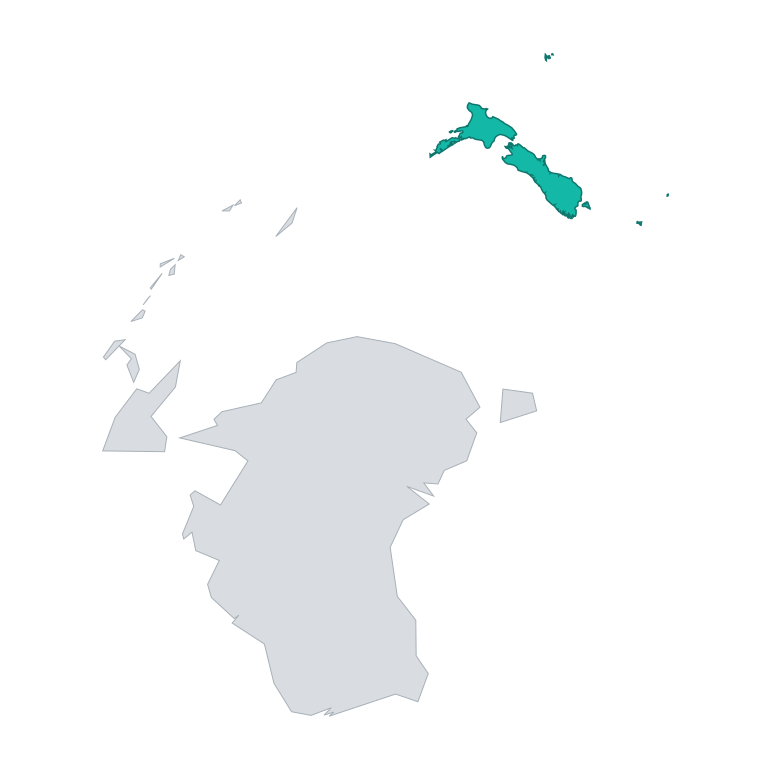 location of New Zealand within Oceania, rotated 271°
{"feature_id": "NZL", "entity_name": "New Zealand", "entity_type": "country or territory", "adm_level": 0, "iso_a3": "NZL", "parent_name": "Oceania", "parent_adm1": "", "projection": "mercator", "projection_center": [173.207, -30.558], "detail": "fine", "context": "in_parent", "style": "filled", "palette": "teal", "viewbox_px": 768, "rotation_deg": 271, "n_neighbors": 5, "source": "natural_earth", "source_scale": "50m", "svg_char_len": 7930}
<svg xmlns="http://www.w3.org/2000/svg" viewBox="0 0 768 768"><g transform="rotate(271 384 384)"><path d="M312.2,103.9L346.0,115.8L374.9,136.9L370.6,149.3L403.7,179.9L377.4,175.5L347.5,151.6L327.5,167.8L312.5,165.8L312.2,103.9ZM422.1,113.9L423.8,124.4L403.4,105.3L406.0,103.0L422.1,113.9ZM409.4,134.6L394.4,139.1L381.3,133.7L398.5,126.6L404.8,131.0L417.3,118.6L409.4,134.6ZM442.1,129.9L454.0,141.2L452.7,143.9L445.9,141.2L442.1,129.9Z" fill="#d9dde1" stroke="#a8b0b8" stroke-width="1"/><path d="M559.7,231.4L565.7,237.0L562.5,238.3L559.7,231.4ZM560.2,229.9L554.4,226.5L554.2,219.0L560.2,229.9Z" fill="#d9dde1" stroke="#a8b0b8" stroke-width="1"/><path d="M529.6,273.2L558.8,294.0L543.3,289.2L529.6,273.2Z" fill="#d9dde1" stroke="#a8b0b8" stroke-width="1"/><path d="M509.7,178.6L507.6,182.1L504.0,176.2L509.7,178.6ZM500.3,158.2L506.0,172.2L497.1,158.2L500.3,158.2ZM499.6,173.1L490.2,172.3L488.8,167.0L495.0,168.5L499.6,173.1ZM476.1,148.7L490.8,160.3L474.7,149.6L476.1,148.7ZM464.6,145.8L468.3,148.9L458.9,141.8L464.6,145.8Z" fill="#d9dde1" stroke="#a8b0b8" stroke-width="1"/><path d="M347.5,500.9L381.0,503.0L377.4,532.7L359.8,537.1L347.5,500.9ZM171.9,401.0L148.4,419.9L112.8,420.9L95.2,433.3L66.9,423.4L74.2,400.9L50.9,335.0L55.1,339.6L51.9,329.8L59.4,336.9L51.4,316.9L54.7,297.3L82.8,279.2L121.9,269.0L142.3,236.4L150.3,243.0L146.9,238.3L167.5,215.1L180.6,211.1L204.7,222.4L214.1,198.7L232.6,194.6L225.5,186.5L230.5,185.1L258.3,195.9L269.6,192.1L273.9,196.9L260.2,222.6L304.7,249.3L314.7,236.3L326.5,180.7L339.7,218.2L345.8,214.6L353.5,222.5L363.0,261.7L386.3,276.1L394.1,295.9L404.0,296.5L424.1,326.1L430.9,356.2L424.5,394.6L397.1,461.0L362.4,480.3L350.2,466.6L336.8,477.6L308.7,468.1L298.7,445.8L285.0,439.7L285.8,425.5L272.8,435.6L282.0,408.7L264.8,431.3L248.6,405.5L220.8,393.0L171.9,401.0Z" fill="#d9dde1" stroke="#a8b0b8" stroke-width="1"/><path d="M615.4,508.1L616.5,508.1L621.3,504.4L623.3,503.6L623.8,503.5L623.3,504.4L622.7,504.7L622.7,505.0L623.0,505.4L622.5,506.1L622.5,507.0L621.9,508.0L622.8,507.6L623.2,506.9L623.0,506.5L623.4,505.8L624.0,505.5L623.8,504.5L624.9,504.6L625.8,504.4L625.9,504.9L626.6,504.8L625.7,506.6L624.2,507.6L625.1,507.7L627.3,505.9L627.3,506.9L626.0,508.5L624.8,509.2L624.4,510.0L624.7,510.9L625.3,511.6L624.6,513.0L625.4,512.8L626.5,513.9L625.8,515.3L623.5,518.2L622.7,518.8L622.7,519.9L622.3,520.6L619.5,523.8L617.6,527.9L616.4,529.7L615.0,530.8L613.3,531.6L611.7,533.3L610.8,533.5L610.8,533.9L611.8,534.6L611.5,535.2L610.2,535.6L609.9,536.0L611.4,535.7L611.9,536.0L612.5,538.0L615.0,538.8L615.4,540.4L615.2,541.0L615.0,541.4L613.6,541.6L612.6,541.3L612.0,540.6L609.6,541.0L609.4,540.8L610.4,540.0L609.4,539.4L608.6,540.1L608.5,540.8L608.2,541.2L607.7,541.3L605.2,539.1L606.6,541.6L601.7,544.5L599.6,544.8L599.4,545.7L598.9,546.4L597.7,546.5L598.4,547.0L597.6,549.9L597.3,553.1L596.8,555.1L595.4,555.1L596.7,555.9L596.5,556.8L594.9,559.1L594.4,561.3L592.6,565.4L592.6,565.8L593.5,566.9L593.3,568.0L590.0,568.9L589.2,569.6L587.8,571.9L585.2,574.3L583.1,577.3L579.8,578.2L577.5,578.3L574.4,577.5L572.5,578.1L571.5,577.8L570.7,578.0L570.2,577.2L570.4,576.4L570.1,575.8L568.9,574.7L565.6,574.7L564.1,572.3L562.8,571.7L562.3,571.8L561.6,572.8L561.2,573.0L558.6,573.1L556.1,572.8L555.1,572.4L555.0,571.5L556.9,569.1L555.1,570.4L554.4,570.3L555.1,569.2L555.0,568.2L554.0,569.1L552.9,569.2L552.8,568.4L552.9,567.4L553.1,567.2L556.1,566.7L557.2,566.3L557.7,565.8L555.9,565.6L555.8,564.9L556.0,564.3L557.6,563.4L555.2,563.5L555.3,562.5L555.6,561.7L556.9,561.7L556.5,561.2L556.4,560.4L556.8,560.4L558.2,561.4L559.2,561.7L558.7,561.0L558.8,560.5L559.9,560.1L558.0,559.2L557.9,557.9L558.9,556.9L559.5,557.5L560.1,557.3L559.3,556.2L559.5,555.8L561.6,553.9L562.1,555.7L562.2,554.6L562.0,554.1L562.3,553.2L563.1,552.8L565.1,550.9L566.3,551.8L565.9,550.8L565.8,549.6L570.6,544.1L571.4,543.4L573.3,542.6L574.7,542.9L577.2,541.2L578.3,541.9L577.9,540.6L578.2,540.1L581.4,538.1L582.8,537.7L583.8,537.0L584.4,536.9L584.5,535.9L585.1,535.8L584.7,535.5L586.2,534.5L588.3,532.1L588.8,531.9L589.8,532.3L589.5,531.7L588.9,531.4L590.3,530.5L591.8,531.2L591.1,530.5L591.0,530.1L592.3,529.5L593.0,530.4L593.0,529.0L595.2,526.4L595.6,526.9L595.6,528.5L595.8,528.2L595.7,526.1L597.2,523.6L598.4,523.0L597.8,522.3L598.9,518.2L600.0,514.6L600.5,514.1L602.4,513.6L604.4,511.3L605.0,510.1L605.8,507.1L606.2,503.9L607.5,501.5L611.0,498.6L612.7,498.2L613.8,498.6L611.8,498.9L611.6,500.4L612.1,501.7L614.2,502.7L614.7,504.0L615.0,506.9L615.4,508.1ZM616.9,431.8L617.0,432.4L618.6,430.8L618.5,431.8L618.8,432.0L620.9,432.7L621.3,433.2L621.8,433.4L622.3,432.9L624.8,434.2L624.9,435.6L625.1,436.1L625.7,436.2L626.8,435.4L628.9,439.3L628.6,440.3L629.3,441.7L627.5,441.5L627.5,441.8L631.4,447.8L630.9,449.9L631.5,451.4L631.1,451.8L630.9,453.3L630.6,453.5L630.6,454.1L631.8,454.4L632.2,454.9L632.4,454.3L632.8,454.2L633.7,454.9L636.1,455.9L636.5,457.8L636.9,458.4L638.4,458.3L638.6,457.8L637.9,454.3L637.8,452.3L636.9,450.7L637.0,450.1L637.6,449.8L639.7,452.9L640.5,452.8L640.6,453.6L641.2,454.5L641.5,455.4L642.6,461.1L643.8,462.3L643.9,462.9L643.2,462.6L643.0,462.8L643.0,463.1L643.7,463.6L645.4,464.0L649.9,466.5L653.6,467.7L654.7,467.8L656.4,467.3L657.4,466.6L659.0,464.3L661.6,462.5L664.1,462.7L666.6,464.2L665.3,467.4L664.5,473.2L664.1,474.5L662.4,476.2L661.3,476.5L660.7,480.2L661.2,481.6L660.7,482.8L660.4,482.6L659.5,481.3L657.1,480.8L654.9,481.3L652.8,482.6L651.7,484.4L651.5,486.7L651.8,487.3L653.2,488.1L650.6,494.1L649.2,495.8L648.5,497.6L646.3,500.4L645.1,503.0L642.5,507.2L639.7,509.7L636.2,512.2L635.3,511.8L634.8,509.8L633.7,509.5L632.1,509.9L632.1,508.1L632.3,507.6L632.0,507.4L631.6,507.5L631.5,507.9L631.7,508.2L630.9,508.6L630.1,508.7L629.8,508.2L633.4,502.7L634.8,499.8L635.6,495.7L634.7,493.6L633.3,491.6L631.5,490.4L629.1,489.8L627.1,487.8L623.2,486.1L622.0,485.1L621.6,483.8L621.7,482.5L622.3,481.6L624.5,480.3L627.6,479.5L629.1,478.0L629.4,477.3L630.0,473.0L630.5,470.5L631.4,469.0L631.7,468.1L631.4,466.6L631.7,466.0L632.6,465.5L630.7,461.3L631.0,460.0L630.5,459.8L629.3,457.1L629.5,456.8L630.0,457.0L630.7,458.5L630.8,457.7L631.4,457.2L632.6,456.9L631.2,455.3L629.5,455.8L628.3,455.2L627.4,452.7L625.6,450.0L626.1,449.9L627.6,451.2L628.1,450.2L628.0,449.5L627.1,448.6L627.1,448.0L627.5,447.4L627.5,447.0L626.3,446.1L626.2,446.5L626.4,447.0L626.2,447.1L624.1,445.6L623.0,443.1L623.0,444.4L625.4,448.0L625.2,448.6L624.7,448.8L624.3,448.4L623.3,446.2L618.2,438.9L618.9,437.9L619.9,437.1L620.3,436.3L619.8,436.2L619.0,436.8L617.9,438.4L617.3,437.7L616.9,436.5L616.5,436.4L615.4,435.0L616.1,434.0L616.1,432.8L614.6,430.3L611.6,426.3L614.8,426.0L614.0,427.2L616.0,430.4L616.1,430.9L616.9,431.8ZM568.5,581.5L568.5,582.1L567.5,581.9L567.5,582.5L568.3,582.8L568.6,583.3L569.4,583.1L569.6,583.8L569.4,584.4L568.9,584.8L567.3,585.1L566.2,585.9L565.1,585.9L564.1,586.8L562.6,587.0L562.8,586.2L563.6,585.4L563.9,584.0L564.7,583.6L564.7,582.8L565.2,582.1L564.9,580.6L565.1,579.3L566.7,579.2L568.5,581.5ZM716.5,539.6L716.2,539.9L715.6,539.9L714.6,541.3L714.7,540.3L714.4,539.9L713.3,540.2L714.1,540.6L713.5,541.2L714.1,542.4L714.6,542.4L715.1,543.3L715.1,543.6L713.9,544.0L713.4,544.5L712.6,544.4L712.3,543.5L712.3,543.1L713.3,541.7L713.0,541.1L712.2,540.6L710.2,540.7L711.0,539.8L711.9,539.9L712.9,539.3L716.5,539.6ZM550.3,637.5L550.5,638.7L548.9,638.4L548.4,637.7L548.0,638.4L547.2,638.2L547.4,637.5L548.9,636.3L549.2,634.2L550.4,634.1L550.8,634.5L550.2,635.3L550.3,636.5L549.9,636.8L550.3,637.5ZM638.1,446.3L638.4,448.1L637.7,447.9L637.4,447.4L636.5,446.7L636.4,445.8L636.9,445.1L637.1,445.0L638.1,446.3ZM623.0,502.9L621.7,503.6L622.0,502.0L623.5,501.0L623.4,501.9L623.0,502.9ZM555.3,565.1L555.1,566.0L553.3,565.6L553.6,564.9L554.7,564.5L555.3,565.1ZM578.3,663.9L578.8,664.7L577.8,665.0L576.9,664.4L576.8,663.9L578.3,663.9ZM557.5,558.6L557.9,560.3L557.0,559.9L556.7,559.5L557.5,558.6ZM716.6,547.2L716.1,547.4L716.1,546.1L716.8,546.0L717.1,546.5L716.6,547.2Z" fill="#14b8a6" stroke="#0f766e" stroke-width="1.5"/></g></svg>